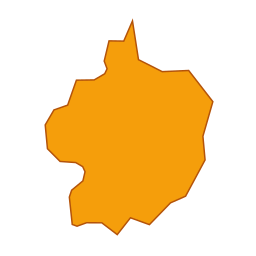 the Unitary Authority of Bedford, rotated 274°
{"feature_id": "GBR-5698", "entity_name": "Bedford", "entity_type": "Unitary Authority", "adm_level": 1, "iso_a3": "GBR", "parent_name": "United Kingdom", "parent_adm1": "", "projection": "natural_earth1", "projection_center": [-0.481, 52.188], "detail": "fine", "context": "isolated", "style": "filled", "palette": "amber", "viewbox_px": 256, "rotation_deg": 274, "n_neighbors": 0, "source": "natural_earth", "source_scale": "10m", "svg_char_len": 557}
<svg xmlns="http://www.w3.org/2000/svg" viewBox="0 0 256 256"><g transform="rotate(274 128 128)"><path d="M64.0,190.2L56.3,175.6L33.1,156.1L38.6,136.7L20.9,124.7L31.6,108.5L30.6,93.3L26.5,84.0L27.9,79.1L55.0,74.3L62.0,76.1L72.1,86.7L81.4,88.2L86.3,85.5L89.9,78.2L89.9,62.6L101.7,49.1L125.3,45.2L140.9,52.9L146.6,66.2L172.1,73.2L173.6,90.9L180.5,101.0L185.6,103.0L193.1,99.6L213.6,103.0L214.4,117.7L235.1,125.0L196.9,133.7L186.6,158.2L189.6,184.5L160.2,210.8L125.0,203.3L101.5,207.1L64.0,190.2Z" fill="#f59e0b" stroke="#b45309" stroke-width="1.5"/></g></svg>